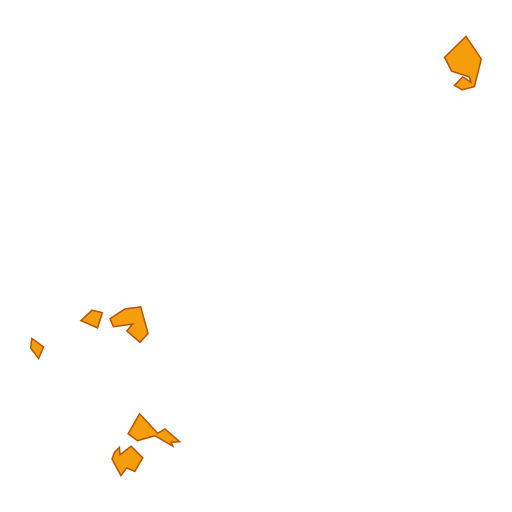 an SVG outline of Kepulauan Riau
{"feature_id": "IDN-1796", "entity_name": "Kepulauan Riau", "entity_type": "Province", "adm_level": 1, "iso_a3": "IDN", "parent_name": "Indonesia", "parent_adm1": "", "projection": "albers", "projection_center": [105.285, 2.055], "detail": "coarse", "context": "isolated", "style": "filled", "palette": "amber", "viewbox_px": 512, "rotation_deg": 0, "n_neighbors": 0, "source": "natural_earth", "source_scale": "10m", "svg_char_len": 718}
<svg xmlns="http://www.w3.org/2000/svg" viewBox="0 0 512 512"><path d="M481.3,59.1L474.4,86.6L462.4,89.8L454.5,85.5L462.7,76.9L471.0,82.3L469.4,76.9L451.6,71.2L444.6,57.3L466.0,36.4L481.3,59.1ZM140.7,306.9L148.1,333.5L139.9,342.3L126.8,330.9L132.6,324.1L113.4,326.7L110.0,318.7L125.0,308.9L140.7,306.9ZM165.0,429.0L179.6,441.7L171.1,442.2L172.8,446.2L154.9,435.7L137.5,440.7L128.1,433.7L139.6,413.8L157.6,433.3L165.0,429.0ZM131.1,446.2L142.7,457.9L134.8,471.4L126.7,467.9L120.9,475.6L112.0,459.0L114.5,452.3L119.4,447.4L120.0,454.8L131.1,446.2ZM102.3,312.7L97.5,327.9L80.9,320.6L92.0,310.2L102.3,312.7ZM43.5,346.9L38.6,358.5L30.7,348.1L31.8,338.4L43.5,346.9Z" fill="#f59e0b" stroke="#b45309" stroke-width="1.5"/></svg>